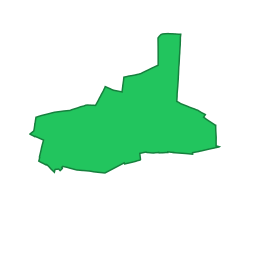 the district of Visina, Dâmbovita, Romania, rotated 239°
{"feature_id": "2599482B19033854569240", "entity_name": "Visina", "entity_type": "district", "adm_level": 2, "iso_a3": "ROU", "parent_name": "Romania", "parent_adm1": "Dâmbovita", "projection": "orthographic", "projection_center": [25.353, 44.574], "detail": "fine", "context": "isolated", "style": "filled", "palette": "green", "viewbox_px": 256, "rotation_deg": 239, "n_neighbors": 0, "source": "geoboundaries", "source_scale": "gbopen_adm2", "svg_char_len": 4751}
<svg xmlns="http://www.w3.org/2000/svg" viewBox="0 0 256 256"><g transform="rotate(239 128 128)"><path d="M188.0,211.5L188.1,211.3L188.9,209.8L190.4,206.9L190.8,206.0L191.1,204.4L190.5,202.1L189.7,200.1L187.3,198.7L182.5,195.9L175.1,191.5L166.3,186.2L167.0,179.7L167.1,178.5L167.2,177.1L167.4,174.6L167.6,172.9L167.7,171.6L167.8,170.5L167.9,169.5L168.0,167.7L168.0,167.1L168.1,166.7L168.3,166.2L168.4,165.7L168.6,164.8L168.7,164.6L168.8,164.3L168.9,164.1L169.2,163.3L169.3,163.1L169.3,162.8L169.3,162.7L169.8,161.4L169.8,161.2L170.7,158.9L171.0,158.0L171.4,157.2L171.6,156.6L171.9,155.9L172.2,155.2L172.3,154.7L172.6,153.8L172.7,153.3L173.0,152.6L173.4,151.4L173.7,150.8L173.7,150.7L172.7,149.9L171.2,148.8L170.7,148.4L169.1,147.1L168.8,146.9L168.5,146.6L166.8,145.2L166.4,145.0L166.3,144.9L165.9,144.5L165.7,144.4L165.1,143.9L163.4,142.6L162.7,142.0L162.3,141.7L162.0,141.5L167.5,135.4L167.8,135.2L167.8,134.9L168.6,134.4L170.0,133.4L170.3,133.3L171.0,132.8L172.1,132.0L173.5,131.0L174.7,130.2L175.2,129.8L174.6,129.1L173.3,127.1L173.1,126.8L172.5,126.0L170.3,122.1L169.5,121.0L168.6,119.3L166.8,116.5L165.0,113.4L164.1,111.8L164.4,111.4L164.5,111.2L164.8,110.8L164.9,110.6L165.0,110.5L165.6,109.7L165.7,109.4L166.1,108.7L166.3,108.4L166.8,107.8L166.8,107.7L167.0,107.4L168.0,105.9L168.5,105.2L168.7,104.8L169.2,103.7L169.3,103.5L169.4,102.8L169.5,102.0L169.6,101.3L169.8,100.8L170.2,99.7L170.3,99.2L170.6,98.4L171.1,95.5L172.7,89.0L172.8,88.0L172.9,87.2L173.0,87.0L173.1,86.9L173.8,85.5L174.9,83.2L175.1,82.8L175.8,81.3L176.8,78.9L177.4,77.6L178.7,74.6L179.3,73.2L179.5,72.8L179.5,72.6L180.2,70.4L180.5,69.3L181.0,67.6L181.7,65.3L183.1,60.8L183.3,60.1L183.4,59.7L183.6,58.8L184.0,57.3L184.2,56.1L184.6,54.7L183.7,53.9L183.1,53.4L181.7,52.2L180.9,51.6L180.2,51.0L179.7,50.4L178.7,49.7L177.7,48.9L175.5,47.1L174.0,45.7L173.5,42.2L173.4,41.1L173.3,40.8L173.2,40.8L171.8,41.7L171.6,41.8L170.7,42.4L170.4,42.6L169.5,43.2L169.3,43.2L168.9,43.5L168.5,43.7L168.5,43.8L168.6,44.2L168.5,44.3L168.1,44.5L167.6,44.8L166.6,45.6L163.1,48.0L161.2,49.4L159.6,47.8L157.7,45.8L155.3,43.4L154.6,42.8L152.7,41.0L148.7,37.1L148.3,37.2L146.3,35.3L145.6,34.5L145.0,34.8L143.1,35.9L142.6,36.2L141.8,36.8L141.1,37.2L140.3,37.7L139.6,38.1L139.3,38.3L138.7,38.7L138.4,38.8L138.4,39.1L138.7,39.3L138.5,39.5L138.0,39.7L135.2,40.4L133.4,40.7L132.3,40.9L131.3,41.2L129.9,41.6L128.0,42.1L128.7,42.8L129.7,43.7L130.0,44.0L130.0,44.4L129.4,45.5L129.2,45.9L129.0,46.3L128.9,46.6L128.7,47.2L128.5,47.4L128.3,47.5L126.4,47.9L126.4,48.0L127.1,50.7L127.4,51.1L128.3,50.9L128.7,52.3L125.6,55.6L124.5,56.6L123.7,57.3L120.1,60.8L118.1,62.8L118.0,63.1L115.3,66.7L114.1,68.5L111.4,72.2L111.3,72.3L110.9,72.9L110.2,73.7L110.0,74.0L109.4,74.6L109.0,75.1L108.6,75.5L108.4,75.7L108.2,76.0L107.9,76.3L107.7,76.6L107.1,77.4L107.0,77.5L106.6,78.1L105.7,79.2L105.3,79.7L104.9,80.3L104.5,80.8L103.4,82.3L103.2,82.6L102.4,83.6L102.0,84.2L101.6,84.7L101.3,85.2L100.1,106.7L100.1,106.8L98.9,106.6L96.6,113.7L95.5,117.3L95.2,118.9L94.3,121.9L94.6,122.5L100.2,125.0L98.1,131.1L97.7,131.2L97.1,131.8L96.3,133.0L94.9,134.9L93.7,136.6L93.4,137.1L93.0,138.0L92.6,139.0L92.1,139.9L91.7,140.6L91.3,141.8L90.8,141.7L90.7,141.8L90.2,142.7L89.6,143.8L88.5,145.7L87.7,147.4L86.5,149.5L87.0,149.8L85.9,151.4L85.3,152.1L83.7,154.4L83.5,154.2L82.7,155.4L78.4,161.5L75.7,165.3L72.3,169.9L73.6,170.6L73.5,171.1L73.3,171.3L72.9,172.6L72.5,173.7L72.1,174.7L71.4,176.5L71.4,176.8L71.1,177.5L71.0,178.1L70.7,178.7L70.7,178.8L70.6,179.0L70.4,179.6L70.3,180.0L69.9,181.2L69.9,181.3L69.0,184.0L68.9,184.4L68.1,186.8L67.4,188.9L66.3,192.0L66.2,192.5L66.0,193.1L65.9,193.3L65.6,194.1L65.5,194.5L65.0,195.9L64.9,196.4L64.9,196.6L66.9,194.7L67.3,194.2L68.4,195.0L70.8,196.4L74.5,198.7L80.4,201.8L83.9,203.8L85.2,204.6L85.6,204.2L86.0,203.9L86.1,204.0L95.4,199.5L95.6,199.5L98.3,198.4L99.2,200.1L99.6,201.2L99.9,201.1L102.6,199.4L103.7,198.7L105.4,197.9L106.6,197.3L107.5,196.8L108.3,196.0L109.6,195.1L110.2,194.7L111.7,193.4L112.7,192.6L114.7,191.0L115.1,190.8L116.0,190.1L116.3,189.9L119.4,187.5L120.7,186.5L121.0,186.3L121.1,186.1L122.5,185.3L123.0,185.1L123.4,184.9L123.8,184.7L124.8,184.1L125.7,183.5L125.8,183.6L129.9,186.4L132.0,187.7L137.0,191.3L137.4,191.6L143.7,196.0L145.3,197.1L146.0,197.5L148.0,198.9L151.2,201.0L153.0,202.2L154.1,202.9L155.4,203.9L156.8,204.9L159.6,206.8L163.5,209.4L165.0,210.5L165.7,211.0L166.5,211.5L168.3,212.7L170.6,214.3L172.4,215.6L174.5,216.9L175.5,217.6L178.6,219.5L181.2,221.5L181.4,221.2L181.7,220.7L181.9,220.3L182.4,219.5L182.9,218.9L183.1,218.5L183.6,217.8L183.8,217.6L184.1,217.2L184.3,216.9L184.7,216.3L185.0,215.8L185.3,215.4L185.7,214.9L186.0,214.3L186.2,214.0L186.7,213.3L187.0,212.8L187.5,212.0L188.0,211.4L188.0,211.5Z" fill="#22c55e" stroke="#15803d" stroke-width="1.5"/></g></svg>